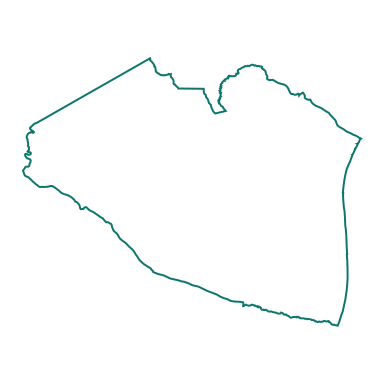 Waimate District, Canterbury, New Zealand
{"feature_id": "76426892B45923139634861", "entity_name": "Waimate District", "entity_type": "district", "adm_level": 2, "iso_a3": "NZL", "parent_name": "New Zealand", "parent_adm1": "Canterbury", "projection": "equal_earth", "projection_center": [170.93, -44.627], "detail": "fine", "context": "isolated", "style": "outline", "palette": "teal", "viewbox_px": 384, "rotation_deg": 0, "n_neighbors": 0, "source": "geoboundaries", "source_scale": "gbopen_adm2", "svg_char_len": 5836}
<svg xmlns="http://www.w3.org/2000/svg" viewBox="0 0 384 384"><path d="M284.1,84.6L278.2,83.0L273.0,79.9L269.2,80.1L267.4,79.2L267.0,78.6L267.4,76.4L266.0,73.9L265.4,71.0L265.0,70.5L264.0,70.1L263.5,69.1L262.4,68.8L262.0,68.4L261.9,68.0L262.2,67.0L261.6,66.5L260.7,66.6L258.7,65.9L257.2,66.2L255.2,65.3L254.4,65.7L253.2,64.9L252.3,64.7L250.5,65.3L249.3,66.2L247.9,65.7L246.8,66.3L244.9,66.1L244.0,67.0L242.7,67.4L241.5,68.0L241.1,68.4L240.2,69.0L238.9,69.3L238.4,69.7L237.8,70.7L237.8,71.9L238.5,72.8L238.5,73.3L238.2,73.6L236.2,73.8L236.2,74.9L236.0,75.3L234.7,76.1L233.7,76.1L233.2,76.3L230.8,76.1L229.9,76.5L229.6,75.8L228.8,75.8L228.0,76.9L228.1,78.4L226.9,78.3L226.0,78.9L225.9,79.4L225.0,79.5L225.0,79.8L224.5,80.1L224.6,80.9L223.7,80.8L222.3,82.2L222.3,83.0L221.6,83.3L220.7,84.8L221.4,85.5L220.8,86.3L221.1,86.5L220.9,86.9L221.3,87.5L220.9,87.9L220.6,87.8L220.8,88.3L220.1,88.8L220.4,89.1L220.6,90.2L220.2,90.7L219.7,90.8L220.0,91.3L219.8,91.8L220.0,92.0L220.7,92.3L221.0,92.6L220.2,93.2L220.8,93.6L220.8,94.4L220.4,95.7L220.4,96.2L220.9,96.6L219.7,97.6L219.7,98.1L220.0,98.4L218.4,100.1L218.4,100.4L219.0,100.4L218.5,100.9L218.9,101.3L218.5,101.5L218.5,101.9L218.9,102.4L219.0,103.4L219.7,103.4L219.9,104.1L221.1,105.8L222.7,106.7L222.8,107.4L225.7,111.0L215.2,113.5L213.3,111.5L212.7,110.5L212.5,109.7L211.8,108.4L211.2,106.8L210.8,104.7L209.0,103.1L207.9,99.4L206.0,96.8L205.9,95.3L205.4,94.6L204.2,93.6L203.7,90.7L203.7,88.8L178.3,88.5L177.8,87.4L175.4,85.4L175.3,84.7L174.1,84.3L173.7,83.9L173.5,83.3L173.7,81.7L173.4,80.3L172.4,78.4L171.1,77.2L170.6,75.2L170.8,74.2L170.2,74.4L169.9,74.1L169.1,74.3L168.7,74.0L168.1,74.6L167.2,74.6L165.7,75.3L165.2,75.1L164.1,75.3L163.8,75.1L163.4,75.3L162.1,75.3L161.5,74.9L160.7,75.0L160.2,74.6L159.7,74.5L158.6,73.4L157.5,73.1L157.2,72.6L156.0,71.7L155.7,70.9L155.8,70.6L155.2,67.1L154.8,66.9L155.0,66.7L154.7,66.3L154.2,65.9L154.1,65.0L153.1,63.3L152.3,62.5L151.7,61.6L150.2,60.4L150.1,59.8L150.3,59.1L150.1,58.3L36.5,123.0L34.4,123.7L30.0,127.9L30.1,128.7L30.5,129.2L31.9,130.6L32.4,130.7L33.4,131.4L33.9,132.3L33.5,132.7L32.8,132.8L30.9,132.1L30.5,132.6L29.6,132.7L28.0,133.8L26.8,136.1L26.6,136.8L26.8,137.9L27.7,139.9L27.5,140.6L28.0,142.2L28.2,144.3L27.9,145.8L28.0,146.2L29.0,147.3L28.9,150.0L27.8,151.0L27.6,151.5L28.3,152.1L30.0,152.2L30.5,152.5L30.9,153.1L30.5,154.3L29.4,154.8L28.1,154.7L26.4,153.8L25.4,154.0L25.1,154.4L25.3,156.1L26.5,157.4L26.9,158.2L29.2,158.9L30.2,159.5L30.7,160.3L30.5,161.0L30.6,161.9L29.6,163.6L29.2,166.0L28.3,166.7L26.3,166.7L25.5,167.0L23.0,170.7L24.2,173.8L24.5,174.9L24.9,175.6L27.3,176.9L28.0,177.0L31.4,180.0L33.0,181.8L33.7,182.2L35.9,184.3L37.4,185.2L38.0,185.9L39.1,186.7L40.3,187.1L41.4,186.8L43.8,187.0L48.0,186.7L50.4,186.0L52.4,186.1L54.6,187.4L59.2,190.8L60.7,192.4L63.2,193.8L68.3,195.4L69.6,196.3L71.0,196.9L74.2,199.7L75.2,201.5L76.6,202.0L78.7,204.0L79.6,205.6L80.0,207.6L80.3,208.6L80.7,209.1L83.0,209.0L83.7,208.7L83.9,208.1L84.7,207.4L85.8,207.1L86.4,207.3L89.5,210.2L93.7,212.3L100.5,217.1L102.6,218.2L106.0,222.2L108.0,222.3L108.7,222.5L109.7,223.4L111.0,223.8L111.6,224.8L112.2,227.4L113.6,230.7L117.4,234.1L119.1,237.3L120.1,238.7L122.7,240.9L125.7,243.0L129.0,246.5L132.8,249.9L134.3,251.9L135.8,254.6L137.3,256.5L139.4,259.8L140.7,261.3L144.1,264.3L150.4,268.2L151.0,268.8L151.2,269.5L152.6,270.6L152.8,270.9L152.8,271.6L153.4,272.1L157.7,273.9L163.7,275.4L170.3,278.5L178.3,280.3L181.3,281.3L184.3,281.8L188.9,283.5L192.1,285.1L198.6,286.7L207.2,290.9L216.8,294.5L220.5,296.8L224.1,298.2L227.5,299.2L230.2,300.7L233.8,301.5L240.1,301.8L243.2,302.4L243.3,302.5L243.2,306.2L243.8,306.1L244.6,305.1L245.9,304.6L246.5,305.1L248.6,305.7L250.8,305.4L251.7,304.7L252.7,304.8L253.3,305.0L253.9,305.5L254.7,305.4L254.9,305.8L257.6,306.3L257.1,306.7L258.4,307.4L260.1,307.1L260.9,307.9L260.9,308.6L261.4,309.4L262.1,309.8L263.3,309.6L263.7,309.7L263.8,310.0L264.4,310.1L265.9,309.7L266.9,310.3L268.2,311.4L269.5,311.6L271.1,311.4L272.8,312.1L275.7,312.6L277.4,313.4L278.9,313.6L280.4,313.5L280.7,313.3L281.0,312.6L281.7,312.7L282.7,313.2L283.6,314.3L284.3,314.4L284.8,314.8L286.0,314.5L286.4,314.6L287.2,315.6L288.4,315.9L289.2,316.5L289.6,317.0L290.5,317.6L291.3,317.7L292.4,317.2L294.3,316.9L295.3,317.1L297.1,316.7L296.3,317.2L296.7,317.4L297.3,316.8L298.2,316.9L299.6,317.5L300.0,317.9L299.9,318.0L300.6,318.3L303.8,318.3L304.8,318.8L306.1,318.7L307.0,319.2L308.3,318.9L311.2,319.5L311.7,320.0L312.9,320.0L314.3,320.4L315.2,321.4L315.8,321.2L317.6,322.1L319.1,321.5L319.8,321.8L321.1,321.9L321.8,321.6L322.8,321.7L323.9,320.9L326.7,321.5L328.4,321.0L329.1,321.5L329.1,321.8L328.1,321.8L329.6,322.1L330.6,322.9L330.7,323.4L331.8,324.4L333.3,324.9L334.0,324.6L334.5,325.1L336.2,325.2L337.7,325.7L339.1,322.2L341.5,314.6L342.6,311.9L345.2,300.2L346.5,292.0L347.2,284.6L347.6,278.4L347.5,265.9L347.4,264.7L347.2,264.1L347.4,262.5L346.8,254.3L347.2,254.2L346.8,249.4L346.3,235.6L345.7,228.2L345.3,226.0L344.9,216.6L344.5,210.8L343.8,207.0L343.2,199.4L343.2,197.8L343.0,196.4L343.2,192.8L342.8,192.7L343.7,184.8L344.7,178.0L346.2,171.0L346.9,168.7L348.1,165.7L350.2,161.3L350.9,159.0L352.6,154.8L352.4,154.7L352.7,154.5L355.4,148.7L354.9,148.9L354.9,148.7L355.6,148.4L357.0,145.8L357.8,143.8L357.5,143.7L358.1,143.5L358.3,142.7L358.7,142.5L359.9,139.6L361.0,138.6L359.3,137.9L358.2,137.0L355.9,135.7L352.7,134.5L351.4,133.6L346.8,131.6L343.2,129.0L339.7,127.1L337.6,125.6L336.3,122.7L335.6,120.5L330.3,114.9L328.9,112.9L326.5,111.6L321.3,108.1L315.7,105.7L313.6,104.3L311.8,102.6L310.3,99.6L308.4,99.8L306.6,99.2L305.1,98.2L304.7,97.6L304.9,96.0L304.7,95.3L303.0,92.7L302.3,92.7L301.4,93.6L300.1,94.3L299.1,95.5L298.9,94.0L298.4,93.7L297.6,93.8L296.6,94.6L294.9,94.8L292.7,94.0L291.9,94.1L291.0,93.8L289.9,92.4L289.6,91.3L288.9,90.3L288.4,88.8L287.2,86.8L285.7,85.4L284.1,84.6Z" fill="none" stroke="#0f766e" stroke-width="2"/></svg>